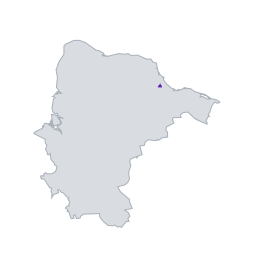 Campinas, São Paulo, Brazil (highlighted), rotated 259°
{"feature_id": "56859067B21122711831395", "entity_name": "Campinas", "entity_type": "district", "adm_level": 2, "iso_a3": "BRA", "parent_name": "Brazil", "parent_adm1": "São Paulo", "projection": "orthographic", "projection_center": [-47.047, -22.895], "detail": "fine", "context": "in_parent", "style": "filled", "palette": "violet", "viewbox_px": 256, "rotation_deg": 259, "n_neighbors": 0, "source": "geoboundaries", "source_scale": "gbopen_adm2", "svg_char_len": 4069}
<svg xmlns="http://www.w3.org/2000/svg" viewBox="0 0 256 256"><g transform="rotate(259 128 128)"><path d="M63.9,55.1L66.4,56.8L69.6,55.4L70.6,56.6L72.4,54.5L76.8,52.0L77.8,50.0L80.6,48.6L80.8,47.4L77.6,47.4L76.9,42.5L74.2,39.7L77.9,40.8L81.2,40.4L83.5,41.7L84.3,39.7L92.7,36.5L94.6,34.7L94.5,33.2L97.0,32.9L97.8,33.5L96.9,36.1L99.1,36.6L99.8,38.6L98.3,40.3L97.6,44.4L99.1,48.6L103.1,50.8L104.9,50.3L105.7,48.8L107.3,49.0L111.9,46.4L117.7,46.8L116.8,45.0L117.7,43.7L118.9,44.2L122.6,43.1L126.9,45.0L128.8,43.9L132.8,44.5L140.5,34.5L141.7,35.4L144.2,44.3L145.5,45.7L148.1,46.5L148.4,48.8L144.0,53.2L141.3,54.8L137.8,60.9L134.3,61.9L138.0,61.9L143.3,58.7L144.3,62.6L145.8,63.8L151.3,62.3L149.7,66.7L151.9,63.2L154.4,61.1L155.7,61.7L156.2,61.1L155.7,59.5L157.4,57.5L161.8,57.1L171.0,60.5L171.6,62.2L172.9,61.0L175.1,62.4L175.7,63.9L174.5,64.9L175.0,65.4L176.2,64.4L176.4,65.4L175.4,66.3L174.7,69.3L176.2,68.1L177.2,65.9L177.4,67.5L181.5,65.5L191.2,68.4L198.8,68.5L206.3,73.0L212.7,79.2L220.8,80.8L222.3,83.1L224.3,91.6L223.3,97.1L220.0,102.4L211.0,111.0L211.1,110.3L209.3,114.4L206.4,118.0L205.2,118.4L204.3,116.7L203.5,117.5L202.2,121.5L202.8,133.0L200.9,139.5L201.1,142.2L198.6,144.9L197.7,151.5L191.8,159.7L191.4,163.6L188.0,165.1L186.3,168.3L182.0,168.2L181.2,167.0L180.8,168.3L174.2,168.5L174.5,169.6L170.3,172.3L167.9,172.2L163.7,174.4L158.5,178.5L157.6,180.5L156.6,179.7L156.3,180.6L155.1,180.2L156.7,181.4L155.5,182.6L155.1,184.8L156.1,189.5L155.0,196.5L150.9,200.6L146.0,210.3L141.4,214.7L141.2,213.3L144.5,211.4L147.4,206.1L147.4,205.2L145.4,205.8L144.2,204.1L144.8,205.8L144.4,207.8L141.5,211.0L140.7,213.6L141.0,215.0L139.0,219.9L136.2,223.1L135.4,222.7L135.3,220.3L136.9,218.0L134.0,214.7L127.6,211.1L125.6,209.1L124.0,210.3L123.7,208.8L120.0,205.7L118.4,206.7L116.6,206.3L123.4,196.6L124.3,196.6L124.1,195.7L132.2,189.8L132.7,185.2L131.0,182.0L128.2,182.1L129.5,174.3L127.7,173.2L124.1,174.1L121.8,166.1L118.7,164.8L116.5,166.0L111.5,165.2L111.9,159.8L110.1,155.7L111.4,154.6L110.1,153.5L112.6,145.6L110.8,142.1L108.0,140.9L108.0,136.1L99.2,136.8L98.7,132.8L96.9,131.0L98.4,130.9L96.9,124.4L94.1,123.2L90.7,123.7L84.3,120.1L77.8,119.7L74.9,117.7L72.8,114.3L72.3,106.7L66.8,108.4L57.6,115.8L54.7,115.5L48.2,116.8L48.1,109.0L45.1,112.1L40.8,113.1L39.7,110.8L35.9,111.0L36.8,108.8L31.7,102.6L32.9,101.2L32.6,99.2L35.3,96.5L34.8,94.8L36.2,89.8L40.9,85.9L45.6,83.5L49.5,83.5L51.9,68.2L50.8,65.1L48.7,63.7L48.8,60.4L53.1,59.3L52.3,57.6L49.8,58.0L49.8,54.9L57.7,53.7L57.7,52.4L58.9,53.4L61.4,51.3L62.8,53.0L62.9,55.4L63.9,55.1ZM146.6,54.8L156.0,55.5L153.8,60.7L152.1,60.8L151.7,61.7L150.4,61.3L148.8,62.6L145.3,62.7L144.0,60.1L144.9,59.5L143.8,58.6L144.6,55.6L146.6,54.8ZM138.5,61.2L140.0,57.5L141.5,56.9L141.4,59.2L138.5,61.2ZM149.2,52.9L148.3,54.3L146.1,54.0L146.5,53.1L149.2,52.9ZM146.0,51.5L145.6,54.3L144.7,54.0L146.0,51.5ZM150.7,54.7L149.3,54.8L148.7,54.6L150.4,53.8L150.7,54.7ZM144.5,54.9L143.1,55.8L142.6,55.4L143.6,54.5L144.5,54.9ZM147.1,52.4L146.4,51.8L147.5,51.2L147.6,51.8L147.1,52.4ZM146.3,45.2L145.5,45.3L145.4,44.3L146.1,44.3L146.3,45.2ZM156.4,192.4L156.1,191.4L156.7,190.5L156.9,190.8L156.4,192.4ZM171.0,171.9L171.2,173.0L170.3,172.7L171.0,171.9ZM155.9,185.5L155.5,184.9L156.1,184.3L156.3,184.5L155.9,185.5ZM175.9,67.5L175.3,68.6L175.9,67.0L175.9,67.5ZM204.7,118.6L203.7,118.9L204.3,118.0L204.7,118.6ZM176.5,169.0L175.6,169.3L175.5,169.1L176.0,168.6L176.5,169.0ZM203.1,120.6L202.7,121.2L202.5,120.8L203.1,120.6ZM173.4,60.1L173.5,60.7L173.2,60.6L173.4,60.1Z" fill="#d9dde1" stroke="#a8b0b8" stroke-width="1"/><path d="M163.8,167.3L163.7,167.2L163.6,166.9L163.4,166.8L163.3,166.7L163.3,166.8L163.2,166.8L162.9,166.8L162.8,166.7L162.8,166.8L162.7,166.8L162.7,167.0L162.4,167.2L162.4,167.3L162.4,167.5L162.2,167.7L161.9,167.7L162.0,167.7L162.1,167.8L162.1,168.0L162.1,168.3L162.3,168.3L162.5,168.4L162.8,168.4L162.8,168.2L163.0,168.0L163.0,167.9L163.1,167.7L163.3,167.7L163.4,167.8L163.5,167.8L163.5,167.7L163.6,167.8L163.7,167.7L163.8,167.6L164.0,167.6L163.9,167.5L163.8,167.4L163.8,167.3Z" fill="#8b5cf6" stroke="#5b21b6" stroke-width="1.5"/></g></svg>